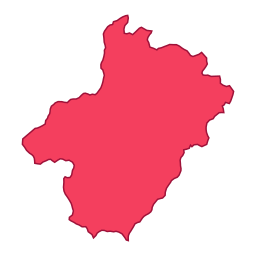 Tambaú, São Paulo, Brazil (orthographic projection)
{"feature_id": "56859067B22944162583516", "entity_name": "Tambaú", "entity_type": "district", "adm_level": 2, "iso_a3": "BRA", "parent_name": "Brazil", "parent_adm1": "São Paulo", "projection": "orthographic", "projection_center": [-47.241, -21.6], "detail": "fine", "context": "isolated", "style": "filled", "palette": "rose", "viewbox_px": 256, "rotation_deg": 0, "n_neighbors": 0, "source": "geoboundaries", "source_scale": "gbopen_adm2", "svg_char_len": 3093}
<svg xmlns="http://www.w3.org/2000/svg" viewBox="0 0 256 256"><path d="M113.5,21.7L112.6,24.5L110.1,25.0L107.7,26.7L106.0,29.1L104.5,31.2L103.4,34.0L103.9,37.8L104.2,42.1L105.2,45.5L105.6,47.9L104.4,50.2L104.5,53.1L103.9,56.4L102.8,60.3L101.5,62.6L100.9,64.6L101.0,68.2L102.8,69.9L103.8,73.3L104.3,75.4L103.5,78.6L103.0,81.4L102.2,84.3L100.9,87.8L99.4,89.9L97.1,93.1L95.2,94.7L92.3,94.2L89.9,95.0L87.9,94.0L85.3,93.2L83.5,93.5L81.4,95.3L79.1,97.7L76.2,99.0L73.2,99.0L70.6,99.5L68.8,101.1L67.4,102.6L64.3,102.3L61.8,101.7L58.1,101.6L55.2,102.9L53.8,104.4L51.4,106.2L50.3,109.0L50.1,111.4L49.7,113.7L48.1,116.2L47.5,118.3L45.7,120.5L45.2,124.0L42.6,125.6L39.9,127.0L37.3,128.1L35.1,128.4L22.8,138.9L22.6,141.1L22.4,144.3L24.7,147.3L26.6,150.4L29.6,153.2L31.8,154.6L33.3,156.1L34.3,158.2L34.6,160.5L34.8,163.3L37.7,163.8L40.4,164.1L43.0,162.0L46.4,160.6L48.5,159.5L50.7,159.3L52.2,160.6L54.7,162.3L57.7,160.2L60.2,158.8L62.7,159.1L65.8,160.7L69.1,160.2L72.5,162.2L74.2,165.2L73.8,167.9L72.5,170.3L71.7,174.9L70.0,177.5L67.2,177.7L65.1,176.8L63.8,178.6L63.9,182.3L63.5,187.3L64.0,191.0L65.3,194.1L67.7,197.5L69.4,200.2L71.1,203.2L71.8,205.2L72.6,208.4L73.4,210.9L72.4,215.0L69.4,217.3L69.2,219.6L70.9,220.8L73.9,222.3L76.3,223.9L79.2,225.0L82.1,226.8L85.8,226.7L87.2,228.6L88.2,231.7L92.0,234.5L93.5,237.9L95.9,235.5L97.2,233.1L99.0,231.7L101.7,230.3L104.3,230.4L107.2,231.5L110.2,231.2L113.6,231.8L116.0,231.3L118.7,232.0L122.0,233.8L123.7,236.0L125.0,237.8L126.3,240.0L128.3,240.6L128.2,237.7L128.4,235.6L129.4,233.1L130.7,231.2L133.2,227.1L135.0,223.8L137.5,222.5L139.8,221.9L142.5,217.9L144.1,216.2L146.3,214.8L148.6,213.6L150.8,211.8L151.9,209.8L152.2,207.3L153.6,204.2L155.9,201.4L157.6,199.3L160.0,198.6L162.6,198.0L165.1,195.4L165.3,192.2L166.5,188.2L168.9,184.6L170.5,182.4L171.4,180.6L174.2,178.5L177.3,177.2L179.0,175.3L180.0,172.9L180.9,170.7L181.0,168.6L180.5,165.7L180.4,163.3L180.1,160.2L180.9,157.5L182.7,155.5L184.1,152.6L183.7,149.8L186.5,149.2L189.2,148.3L190.5,145.2L191.9,146.7L194.0,144.8L197.5,144.4L199.9,145.7L201.9,146.6L204.0,145.6L206.7,144.4L207.8,140.6L208.9,137.9L207.7,135.8L206.5,132.4L206.1,129.4L206.1,127.0L206.9,123.0L209.5,120.1L213.2,118.7L214.6,116.4L217.4,114.1L219.1,112.7L221.6,112.5L223.8,112.6L223.2,108.6L222.3,106.0L224.2,104.8L225.5,102.4L229.3,103.5L230.7,101.0L231.8,97.9L232.9,94.6L233.6,91.4L230.8,87.5L229.5,85.7L226.4,86.5L223.0,85.2L220.4,83.3L220.4,79.4L219.6,76.1L211.0,76.4L207.8,75.1L205.9,75.3L203.2,75.1L201.9,73.2L202.5,71.0L204.3,68.8L205.9,66.5L207.3,64.0L206.6,61.1L206.6,58.0L201.6,52.4L199.0,54.3L195.5,55.6L192.9,56.5L190.5,55.5L188.9,53.2L187.1,50.9L183.9,49.3L181.9,48.0L179.4,46.1L176.5,44.7L173.7,44.7L169.7,44.5L167.0,45.6L164.8,46.4L161.3,47.8L158.4,48.4L156.9,49.9L153.5,48.3L149.9,47.1L148.7,42.6L147.3,40.0L147.8,37.6L149.6,34.6L151.1,33.0L151.8,31.0L149.4,30.7L146.8,30.4L141.4,27.3L139.4,28.2L135.5,32.0L132.7,34.6L129.5,33.0L126.8,33.8L124.3,33.3L123.9,29.2L124.8,25.6L127.6,22.5L128.3,18.0L127.7,15.4L125.7,15.7L122.7,16.9L120.3,18.3L117.1,20.6L113.5,21.7Z" fill="#f43f5e" stroke="#9f1239" stroke-width="1.5"/></svg>